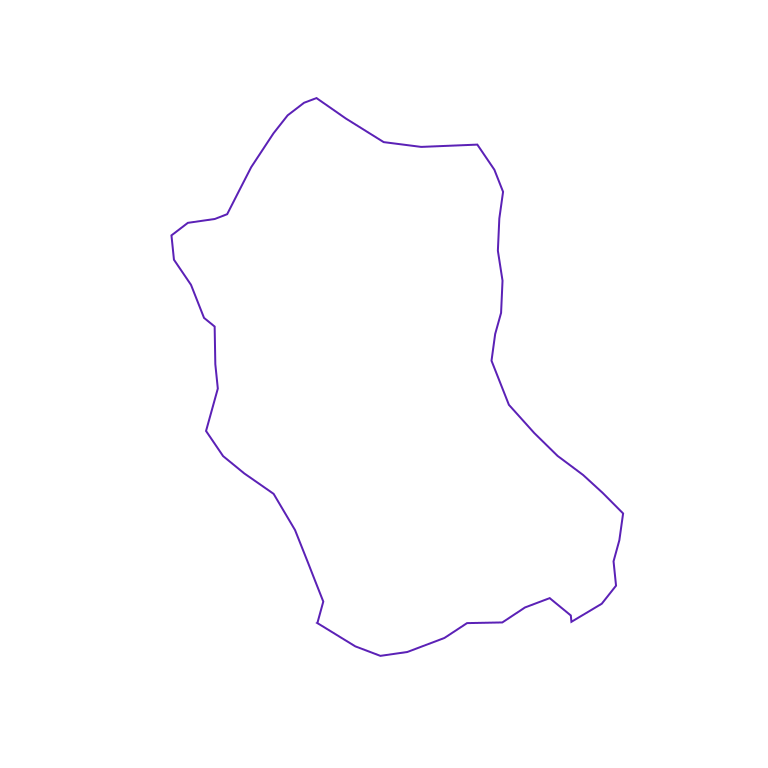 Phihyon, P'yŏngan-bukto, North Korea, rotated 248°
{"feature_id": "82179303B32066025180418", "entity_name": "Phihyon", "entity_type": "district", "adm_level": 2, "iso_a3": "PRK", "parent_name": "North Korea", "parent_adm1": "P'yŏngan-bukto", "projection": "equal_earth", "projection_center": [124.575, 40.048], "detail": "fine", "context": "isolated", "style": "outline", "palette": "violet", "viewbox_px": 768, "rotation_deg": 248, "n_neighbors": 0, "source": "geoboundaries", "source_scale": "gbopen_adm2", "svg_char_len": 883}
<svg xmlns="http://www.w3.org/2000/svg" viewBox="0 0 768 768"><g transform="rotate(248 384 384)"><path d="M512.7,241.9L500.7,248.5L465.5,235.0L442.0,228.2L407.1,201.4L377.4,207.8L353.5,220.9L323.5,240.5L281.9,246.8L246.4,246.6L228.7,246.4L205.0,246.2L187.6,232.9L187.5,232.5L151.5,259.1L133.3,278.8L126.8,305.2L125.9,344.9L131.2,371.4L118.6,404.4L124.0,431.0L123.4,457.4L99.4,470.5L93.3,468.7L98.7,503.6L110.1,523.6L133.6,530.4L151.0,543.7L174.4,557.2L201.0,546.0L225.1,534.5L252.3,518.0L282.1,505.0L317.9,492.0L365.3,492.4L388.7,505.8L406.1,519.2L435.4,532.6L464.9,539.5L494.2,552.9L517.6,566.4L541.3,566.6L571.0,560.2L589.9,507.3L608.4,474.3L644.4,448.1L674.4,428.5L674.7,415.2L669.2,395.3L657.8,375.4L634.8,342.1L617.5,322.1L600.2,302.2L600.4,288.9L606.9,262.5L601.4,242.6L577.9,235.8L548.2,242.2L524.5,242.0L512.7,241.9Z" fill="none" stroke="#5b21b6" stroke-width="2"/></g></svg>